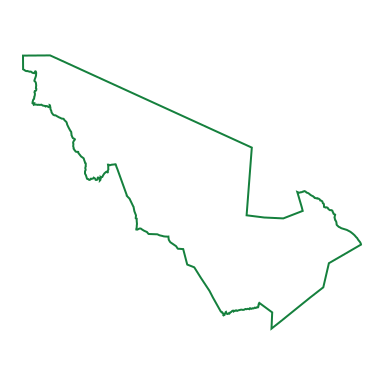 Laisamis, Eastern, Kenya
{"feature_id": "3690345B46270372847124", "entity_name": "Laisamis", "entity_type": "district", "adm_level": 2, "iso_a3": "KEN", "parent_name": "Kenya", "parent_adm1": "Eastern", "projection": "albers", "projection_center": [37.15, 2.304], "detail": "fine", "context": "isolated", "style": "outline", "palette": "green", "viewbox_px": 384, "rotation_deg": 0, "n_neighbors": 0, "source": "geoboundaries", "source_scale": "gbopen_adm2", "svg_char_len": 5717}
<svg xmlns="http://www.w3.org/2000/svg" viewBox="0 0 384 384"><path d="M361.0,244.6L360.8,243.6L360.1,242.2L358.1,239.7L357.1,238.0L356.4,237.4L354.5,235.2L352.7,233.6L350.4,231.8L346.8,229.9L341.6,228.3L341.1,228.1L340.0,227.4L339.1,227.0L338.7,226.8L336.8,225.0L336.6,224.6L336.6,223.8L336.5,223.5L336.5,223.1L336.3,222.0L336.0,221.2L335.5,220.5L335.4,220.1L335.1,219.9L335.0,219.3L334.8,218.7L334.8,218.1L334.5,217.6L334.9,215.5L335.2,214.8L335.0,214.5L334.0,214.1L333.5,213.7L333.4,213.6L333.4,213.0L333.1,212.6L333.0,212.2L332.6,211.7L332.4,210.8L332.3,210.6L331.1,210.1L330.0,210.2L329.5,209.9L329.0,209.5L328.5,209.1L328.3,208.9L328.0,208.5L327.7,207.8L326.6,207.3L326.4,207.3L326.2,207.5L325.8,207.6L325.4,207.3L324.2,207.1L324.0,206.7L323.9,204.3L323.6,203.6L322.9,203.3L322.3,201.4L321.3,200.7L321.0,200.7L320.7,200.5L320.2,200.4L320.1,200.0L319.9,199.6L318.7,198.7L318.2,198.6L317.8,198.4L317.3,198.6L317.0,198.2L316.7,198.3L315.5,198.1L314.8,198.0L314.6,197.9L314.3,197.2L313.6,196.9L313.0,196.2L312.2,195.9L310.4,194.9L309.8,194.3L308.5,193.3L307.4,192.8L306.6,192.6L305.5,191.5L304.2,191.1L303.5,191.6L302.9,191.6L301.7,192.2L300.4,192.3L299.9,192.6L299.4,192.7L298.7,192.6L297.3,192.0L301.7,207.0L302.7,210.9L283.3,218.4L264.2,217.5L246.6,215.3L251.8,147.6L50.1,55.4L23.0,55.6L23.1,69.2L23.1,69.3L24.2,69.9L25.3,70.7L25.7,70.9L26.5,71.1L27.4,71.0L27.8,71.2L28.4,71.3L29.5,71.7L30.8,71.6L31.6,72.1L32.0,72.5L33.1,73.0L34.5,73.2L34.9,73.0L34.9,72.8L34.9,72.6L34.6,72.4L34.7,72.2L35.3,71.3L35.5,71.3L35.8,71.5L36.1,72.4L36.2,72.9L36.0,75.6L35.7,76.7L34.5,80.1L34.4,80.7L34.5,81.1L35.0,81.4L35.3,81.8L35.7,82.4L35.9,83.0L36.2,85.4L35.9,88.2L36.3,88.7L36.3,89.4L36.2,90.1L35.7,90.8L35.4,91.0L34.9,91.0L34.7,91.3L34.5,92.5L34.8,92.9L34.9,93.4L34.9,94.6L34.7,95.7L34.6,96.1L34.2,96.9L34.3,97.6L34.1,98.0L34.1,98.8L33.5,99.3L33.0,100.3L32.9,101.1L32.6,101.9L32.5,103.1L32.8,103.2L33.2,103.0L33.3,103.1L33.2,103.7L33.3,103.9L33.8,103.4L34.1,103.2L34.3,103.2L34.1,104.1L33.7,104.6L33.8,104.8L34.4,104.5L34.7,104.5L37.1,104.7L37.9,104.9L38.6,104.7L39.8,104.9L41.5,104.7L42.6,105.5L44.7,105.9L45.5,106.4L45.8,106.0L46.1,106.0L46.5,106.2L47.0,106.1L48.6,107.1L49.2,106.9L49.6,106.6L49.8,106.0L49.8,105.6L49.6,105.3L49.6,105.1L49.8,105.2L50.1,105.9L50.1,106.5L50.4,107.5L50.4,108.4L50.5,109.2L50.7,109.7L51.2,110.6L51.6,112.5L52.0,113.1L53.3,114.8L54.4,115.3L55.5,115.3L57.3,116.4L57.6,116.5L58.5,117.1L59.9,117.7L61.7,118.6L62.9,118.7L63.5,118.8L63.9,119.2L64.4,120.1L66.1,121.7L66.5,122.2L66.7,122.9L66.9,123.2L67.1,124.4L68.6,127.6L69.2,128.6L69.7,129.7L70.2,130.4L70.4,130.9L71.1,131.7L71.3,132.5L71.3,133.3L71.5,134.0L71.5,135.2L71.9,136.0L72.5,137.5L72.9,138.1L73.8,138.5L74.4,139.0L74.7,139.1L74.9,139.3L74.7,139.8L73.7,141.1L73.4,141.7L73.1,142.7L73.1,143.0L73.4,143.9L73.2,146.1L73.2,146.4L73.6,147.4L73.6,148.7L74.1,149.2L74.2,149.7L75.0,150.5L75.4,151.3L75.7,151.6L77.0,151.9L77.9,151.8L78.2,151.9L78.3,152.3L78.3,152.8L78.5,153.2L80.6,155.8L81.0,156.4L83.0,157.8L83.7,158.4L84.3,160.4L84.9,162.0L85.0,162.8L85.1,163.0L85.7,163.3L85.8,163.9L85.7,165.3L85.8,166.3L85.4,167.2L85.3,168.3L85.6,169.4L85.6,169.8L85.6,170.1L85.1,171.0L85.0,171.7L85.0,173.4L85.1,173.8L85.9,175.2L86.9,178.4L87.0,178.7L87.5,179.0L88.0,179.0L88.8,179.7L89.7,179.9L90.5,179.4L90.7,178.8L91.7,178.9L92.1,178.6L92.7,178.6L93.1,178.5L93.5,178.2L93.8,177.7L95.1,178.6L95.4,179.1L95.6,179.8L96.0,180.0L96.9,179.8L97.4,179.6L97.7,178.8L97.7,177.8L97.9,177.5L98.1,177.5L99.0,177.9L99.0,178.2L99.2,178.5L99.3,178.7L99.5,178.9L99.9,178.6L100.0,178.9L99.9,180.5L100.3,180.1L100.6,178.7L100.6,177.2L101.1,177.7L101.5,177.1L102.2,177.0L102.4,176.8L102.9,175.7L104.1,173.8L104.5,173.3L106.1,171.9L106.4,171.8L107.5,172.4L107.8,172.3L107.9,171.7L107.7,171.0L107.8,170.5L108.3,169.7L108.4,169.1L108.2,168.1L108.3,166.7L108.0,164.7L108.6,164.7L108.9,164.8L109.1,165.3L109.4,165.2L110.0,165.2L111.7,164.7L112.3,164.7L113.2,164.5L114.4,164.5L115.1,164.2L115.7,164.4L116.6,167.2L117.2,168.6L127.0,195.8L126.9,195.9L128.0,197.1L129.5,198.6L133.2,206.3L133.5,206.7L134.4,211.3L136.0,215.4L135.7,218.2L136.1,218.6L136.7,218.7L136.7,220.9L137.0,224.1L136.8,225.0L136.8,225.5L136.7,227.4L136.3,229.0L136.3,229.5L136.9,229.6L137.4,229.6L137.8,229.4L139.1,228.7L139.5,228.5L140.6,228.5L141.0,228.7L142.2,229.6L144.2,230.8L146.9,232.0L148.4,233.8L148.8,234.0L157.2,234.3L157.6,234.4L159.5,235.3L162.6,236.0L163.4,236.3L165.0,236.5L167.2,236.6L168.0,236.7L168.4,236.6L168.7,239.3L168.8,239.8L169.8,241.5L170.4,242.3L171.0,242.7L176.1,246.2L177.5,248.3L177.9,248.7L178.4,248.8L179.5,248.8L183.2,249.1L187.1,264.1L187.3,264.6L192.5,266.6L194.2,267.3L194.5,267.7L200.9,277.9L209.5,290.9L212.9,297.5L220.6,311.2L221.0,311.5L221.2,311.9L221.4,312.1L221.9,312.1L222.2,312.2L222.6,313.3L223.0,313.3L223.6,314.2L223.8,314.6L223.4,315.3L223.5,315.4L224.5,314.9L224.5,314.4L224.7,314.2L224.7,313.8L224.9,313.5L225.6,312.8L225.7,312.1L226.0,311.9L226.7,313.6L227.1,313.9L227.5,314.0L228.3,313.7L229.1,313.7L229.1,313.0L229.2,312.9L230.0,312.9L230.4,312.4L231.3,311.9L232.3,310.9L233.1,310.6L233.4,310.7L233.7,311.4L234.2,311.0L234.4,310.9L234.5,311.0L235.3,310.8L235.6,310.5L236.1,310.3L236.8,310.8L237.1,310.9L238.2,310.4L240.9,309.7L241.8,309.7L242.9,309.9L243.9,309.8L245.4,309.0L246.5,309.2L247.4,308.9L248.3,308.9L248.7,309.0L249.4,309.2L249.5,309.1L249.7,308.5L250.0,308.2L250.3,308.3L250.7,308.7L251.7,308.8L252.3,308.3L253.3,308.4L253.7,308.4L254.6,307.7L255.0,307.8L255.7,308.0L256.0,307.9L256.4,307.4L257.9,307.4L258.1,307.2L258.0,306.8L258.1,306.5L258.5,306.0L258.4,305.1L258.9,304.6L258.8,303.8L259.0,303.3L259.3,302.9L272.2,312.4L271.5,328.6L280.5,321.5L310.2,297.5L323.3,287.3L328.9,263.2L361.0,244.6Z" fill="none" stroke="#15803d" stroke-width="2"/></svg>